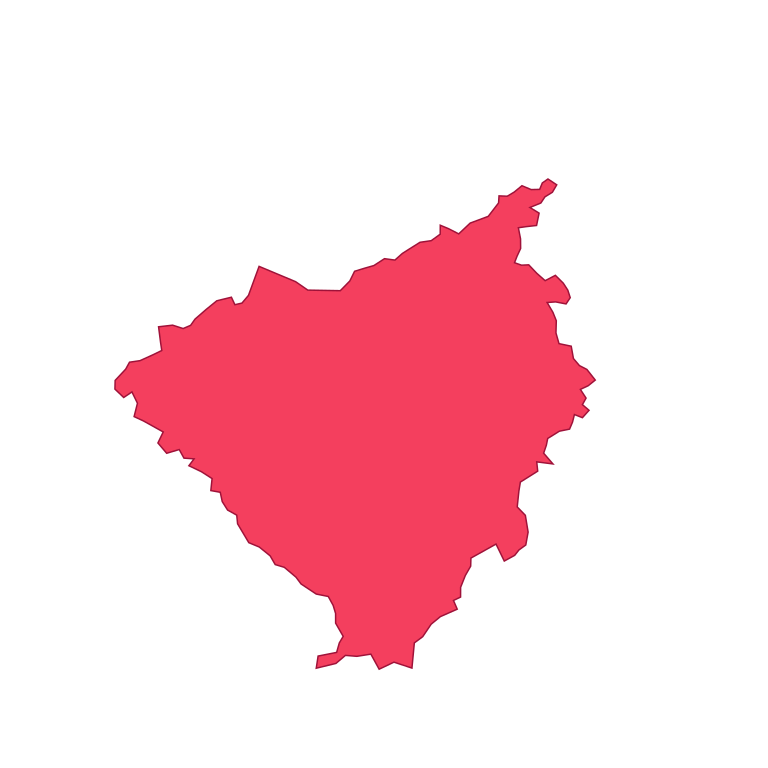 Gramado Xavier, Rio Grande do Sul, Brazil (orthographic projection), rotated 129°
{"feature_id": "56859067B71131453793175", "entity_name": "Gramado Xavier", "entity_type": "district", "adm_level": 2, "iso_a3": "BRA", "parent_name": "Brazil", "parent_adm1": "Rio Grande do Sul", "projection": "orthographic", "projection_center": [-52.613, -29.295], "detail": "fine", "context": "isolated", "style": "filled", "palette": "rose", "viewbox_px": 768, "rotation_deg": 129, "n_neighbors": 0, "source": "geoboundaries", "source_scale": "gbopen_adm2", "svg_char_len": 2127}
<svg xmlns="http://www.w3.org/2000/svg" viewBox="0 0 768 768"><g transform="rotate(129 384 384)"><path d="M248.0,222.3L245.0,235.5L246.7,243.7L245.0,252.8L236.8,262.3L242.5,273.4L236.1,282.5L226.4,289.9L222.0,297.8L218.0,308.5L212.2,302.3L207.2,292.9L199.7,293.6L195.4,300.2L192.8,308.2L191.7,319.2L202.3,323.8L201.8,335.0L200.3,346.5L205.1,351.9L207.6,358.9L201.0,361.0L192.7,363.1L185.3,369.2L178.0,377.9L172.3,372.6L164.8,365.2L153.6,371.0L155.0,381.7L144.6,376.0L137.3,376.7L129.0,373.8L120.5,375.1L121.5,385.6L128.1,387.5L134.8,385.5L140.3,392.0L143.1,401.6L152.9,403.6L160.5,406.4L165.4,413.0L171.2,408.9L188.1,408.5L204.7,418.3L220.3,420.4L222.7,431.7L225.2,440.2L232.2,434.6L242.9,437.5L251.2,445.2L263.5,449.4L271.0,451.9L280.8,453.5L286.3,462.5L298.3,466.4L306.3,472.0L314.9,477.8L325.4,475.4L339.0,476.7L359.0,502.3L360.1,517.1L371.2,555.1L400.4,545.1L410.5,545.3L416.2,549.8L412.6,557.2L424.5,566.3L437.8,569.1L452.5,571.7L460.1,571.2L467.3,575.0L471.3,585.3L481.4,595.2L492.5,583.6L497.8,577.8L506.8,582.0L519.4,588.3L527.2,595.5L535.0,594.1L550.4,595.2L557.3,589.9L558.3,577.8L548.8,574.9L554.1,563.5L566.6,557.7L564.1,547.7L560.2,525.4L572.1,522.6L574.6,509.3L563.8,501.9L567.5,492.8L561.7,484.5L570.3,484.2L567.1,470.8L565.7,458.1L575.8,451.5L571.2,443.1L577.2,435.7L580.4,426.2L578.6,415.9L584.8,409.8L592.4,389.2L589.2,378.4L589.2,364.3L592.8,354.9L589.2,346.1L589.5,330.9L591.6,322.6L589.9,304.5L584.2,293.6L588.1,284.1L592.8,277.2L600.3,271.1L605.8,256.9L613.3,255.8L622.4,251.9L636.9,264.0L647.5,257.8L631.4,245.5L619.2,243.2L612.7,233.7L602.2,224.2L608.7,208.3L593.9,201.2L587.2,183.5L566.1,197.5L556.0,194.9L541.0,196.2L529.3,193.8L512.9,185.4L508.5,193.8L501.4,190.4L493.8,196.5L481.6,200.3L471.0,202.0L464.6,206.9L437.9,196.2L445.9,179.1L434.9,174.6L428.1,174.7L419.9,172.5L408.4,178.8L397.1,191.5L395.7,203.1L382.3,211.8L374.4,216.3L355.0,209.7L348.4,216.3L339.8,202.4L337.3,216.4L329.4,219.3L323.3,222.5L310.3,218.0L302.3,211.4L295.0,213.5L287.9,216.8L285.3,208.6L275.4,208.1L275.2,216.8L267.8,218.1L264.6,228.0L256.8,224.2L248.0,222.3Z" fill="#f43f5e" stroke="#9f1239" stroke-width="1.5"/></g></svg>